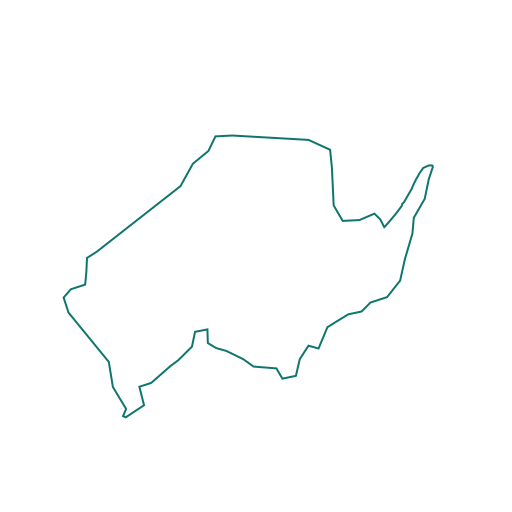 the district of Etangs, Soufrière, Saint Lucia, rotated 342°
{"feature_id": "8701671B18356236998563", "entity_name": "Etangs", "entity_type": "district", "adm_level": 2, "iso_a3": "LCA", "parent_name": "Saint Lucia", "parent_adm1": "Soufrière", "projection": "natural_earth1", "projection_center": [-61.04, 13.819], "detail": "fine", "context": "isolated", "style": "outline", "palette": "teal", "viewbox_px": 512, "rotation_deg": 342, "n_neighbors": 0, "source": "geoboundaries", "source_scale": "gbopen_adm2", "svg_char_len": 1102}
<svg xmlns="http://www.w3.org/2000/svg" viewBox="0 0 512 512"><g transform="rotate(342 256 256)"><path d="M259.2,131.0L257.6,130.6L254.4,129.7L243.2,141.4L224.5,148.7L205.8,166.2L105.9,202.7L94.7,205.6L89.7,218.8L84.7,230.4L69.7,230.4L60.2,236.1L60.2,251.9L62.7,258.3L83.3,311.3L79.4,336.3L85.2,361.3L80.1,367.2L82.2,369.2L103.4,363.3L104.7,344.3L117.2,344.3L140.9,334.1L149.6,331.2L167.1,322.4L174.6,309.3L187.1,310.8L183.3,323.9L189.6,331.2L198.3,337.0L212.0,350.2L219.5,360.4L240.7,369.2L243.2,380.8L256.9,382.3L265.7,367.7L278.2,357.5L286.9,363.3L301.9,345.8L309.4,343.9L325.6,340.0L339.3,341.4L350.5,335.6L368.0,335.6L385.5,323.9L396.7,304.9L411.7,283.0L417.9,268.4L429.0,258.4L434.1,253.8L444.1,236.3L451.6,226.1L451.8,224.7L450.7,224.0L448.5,223.3L442.3,223.9L437.6,227.4L432.1,232.4L431.0,233.5L426.5,238.2L425.2,239.9L420.0,244.6L413.5,250.5L411.3,251.5L410.1,253.4L402.3,258.9L394.3,263.9L387.6,267.9L386.9,268.2L385.5,259.6L381.7,252.3L365.5,253.8L349.3,249.4L345.5,231.9L355.5,195.4L359.3,177.9L341.8,161.8L270.7,134.1L259.2,131.0Z" fill="none" stroke="#0f766e" stroke-width="2"/></g></svg>